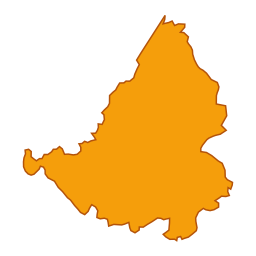 outline of Cruzmaltina, Paraná, Brazil
{"feature_id": "56859067B80032191176175", "entity_name": "Cruzmaltina", "entity_type": "district", "adm_level": 2, "iso_a3": "BRA", "parent_name": "Brazil", "parent_adm1": "Paraná", "projection": "orthographic", "projection_center": [-51.488, -24.002], "detail": "fine", "context": "isolated", "style": "filled", "palette": "amber", "viewbox_px": 256, "rotation_deg": 0, "n_neighbors": 0, "source": "geoboundaries", "source_scale": "gbopen_adm2", "svg_char_len": 2363}
<svg xmlns="http://www.w3.org/2000/svg" viewBox="0 0 256 256"><path d="M25.1,150.1L25.5,153.9L24.0,157.9L23.5,161.8L23.6,166.8L25.4,171.1L28.1,173.9L31.1,175.1L34.0,174.2L39.1,169.2L40.4,166.2L43.5,167.1L45.1,170.0L45.2,173.9L48.1,177.9L54.5,181.2L58.3,187.4L62.6,191.6L67.5,197.7L70.5,200.0L74.7,205.6L77.8,209.0L80.5,212.4L84.7,214.6L88.1,211.4L89.6,208.0L91.7,204.7L95.6,207.0L97.8,210.8L97.1,214.7L96.9,217.5L100.2,218.8L104.4,218.2L107.4,219.3L108.1,222.2L108.7,226.1L113.8,224.4L118.2,224.7L121.7,224.9L124.5,224.1L128.8,222.4L129.8,227.8L130.9,230.6L135.0,232.8L139.1,230.1L139.3,227.0L143.3,227.1L147.4,224.4L152.1,221.6L157.5,218.0L160.9,218.3L163.7,219.7L166.1,219.0L169.6,218.3L169.5,223.0L168.9,230.1L165.8,232.5L163.2,234.3L165.8,236.9L169.8,239.3L174.6,239.2L176.7,240.6L177.3,237.4L180.6,236.5L182.0,239.3L184.5,238.3L188.4,237.1L192.3,234.1L196.3,230.7L197.0,227.7L195.8,221.2L195.7,217.8L198.4,212.1L203.3,208.4L205.9,209.8L210.1,210.6L214.0,209.7L218.6,207.1L218.6,203.1L215.0,200.7L219.4,197.8L221.5,196.2L225.9,196.5L229.3,195.5L227.7,191.6L228.1,187.6L230.7,189.2L232.2,185.1L232.5,182.4L227.3,179.7L225.2,177.0L225.0,170.2L222.2,163.3L218.3,161.0L211.7,155.6L206.5,152.5L200.8,151.6L200.8,148.3L202.5,145.2L206.8,139.7L208.9,138.1L213.1,136.2L215.7,135.3L220.3,134.2L226.2,130.3L221.3,125.4L223.2,122.0L226.7,115.8L225.6,105.8L216.3,104.0L216.4,95.6L217.2,92.7L218.4,89.6L218.9,86.9L217.3,82.5L211.2,79.5L206.5,73.2L202.9,70.2L200.1,68.7L198.2,66.8L196.6,64.2L194.4,59.8L192.7,54.3L192.4,50.2L190.9,46.9L188.6,44.0L187.2,41.7L188.4,36.9L183.8,32.6L180.4,32.3L183.0,29.3L184.7,27.3L184.8,24.2L181.2,24.0L178.4,23.9L174.6,25.5L172.1,21.0L168.9,22.5L163.1,23.8L164.7,19.6L165.1,15.4L140.7,53.4L136.6,60.1L139.3,64.6L137.1,68.9L134.8,74.2L133.8,77.8L129.7,81.2L126.0,81.1L123.9,82.9L119.7,83.0L117.3,86.9L115.7,90.0L113.0,92.2L109.6,95.5L109.5,103.3L107.8,106.7L104.4,109.9L101.8,112.8L103.9,114.7L104.4,119.6L102.1,124.4L98.2,123.9L98.4,127.4L97.4,130.4L95.6,133.2L91.6,133.3L94.3,137.0L95.8,139.7L90.9,140.9L87.7,142.5L84.6,141.3L82.1,143.5L79.0,143.8L80.8,147.3L80.8,151.0L77.2,154.3L73.3,154.9L68.3,154.1L64.5,154.3L62.3,148.9L59.5,146.6L56.5,149.2L53.3,149.3L51.6,151.8L47.9,154.5L44.2,154.5L42.0,158.6L39.5,158.6L36.4,160.8L33.8,158.9L31.1,156.7L31.2,151.5L28.6,149.3L25.1,150.1Z" fill="#f59e0b" stroke="#b45309" stroke-width="1.5"/></svg>